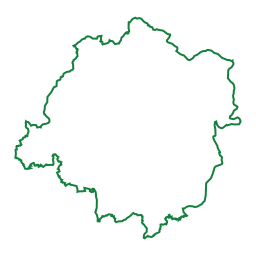 the district of Gazipur, Dhaka, Bangladesh
{"feature_id": "16705992B50862305652789", "entity_name": "Gazipur", "entity_type": "district", "adm_level": 2, "iso_a3": "BGD", "parent_name": "Bangladesh", "parent_adm1": "Dhaka", "projection": "mercator", "projection_center": [90.414, 24.092], "detail": "fine", "context": "isolated", "style": "outline", "palette": "green", "viewbox_px": 256, "rotation_deg": 0, "n_neighbors": 0, "source": "geoboundaries", "source_scale": "gbopen_adm2", "svg_char_len": 5731}
<svg xmlns="http://www.w3.org/2000/svg" viewBox="0 0 256 256"><path d="M144.6,238.3L147.8,235.9L148.5,236.5L151.5,237.0L153.3,236.2L153.3,235.4L154.5,235.0L154.9,234.1L159.3,232.1L159.6,231.5L159.4,230.2L159.8,229.2L160.3,229.0L160.2,227.9L160.7,226.6L160.5,224.6L161.6,224.3L163.2,224.7L164.9,224.0L166.0,224.3L166.0,223.8L166.5,223.9L167.1,222.3L166.8,220.9L165.8,220.0L165.2,218.8L166.0,218.2L165.9,217.5L167.3,216.9L167.7,216.9L168.5,217.7L169.1,217.6L169.4,216.5L168.8,215.0L169.4,214.8L169.5,216.0L170.6,216.4L171.1,217.5L171.7,217.0L171.8,218.5L172.4,219.2L173.7,218.5L175.9,219.4L175.8,218.6L176.5,218.8L176.6,219.2L178.2,219.1L178.4,220.0L178.9,219.3L179.0,219.7L180.2,219.7L180.6,218.2L180.2,217.8L180.9,217.7L181.1,216.8L181.5,216.5L183.6,217.0L183.7,215.8L186.2,216.1L187.0,215.7L183.7,212.4L182.8,208.5L184.5,208.4L186.9,206.7L189.1,206.1L192.6,206.3L194.6,207.0L197.0,206.7L201.7,204.2L203.1,202.3L204.6,201.0L205.7,195.6L206.2,183.1L211.0,178.2L213.1,172.7L214.6,167.5L215.7,166.4L221.9,164.1L222.4,163.0L221.6,159.9L222.0,157.3L221.2,156.3L220.0,155.5L219.2,152.8L220.1,152.4L220.0,152.0L218.6,149.9L217.4,146.9L217.5,146.1L214.1,140.1L213.2,137.7L213.4,136.4L215.2,135.8L215.5,135.3L215.4,129.5L214.6,125.5L214.9,122.1L216.2,121.5L217.0,124.6L218.4,126.6L220.0,127.7L221.8,128.2L223.2,127.6L226.5,124.9L227.3,125.4L231.5,124.1L235.5,124.5L239.2,124.2L240.6,121.3L239.5,118.7L237.6,117.4L234.7,118.8L233.1,119.1L230.2,118.4L229.8,117.9L230.0,116.4L231.7,115.0L233.0,113.1L233.9,110.6L236.7,108.9L237.5,107.0L237.0,106.3L233.9,104.5L233.3,102.5L233.9,99.3L233.3,97.9L233.1,95.1L233.8,93.3L233.7,91.3L234.5,88.1L233.8,85.0L232.8,83.3L230.7,81.7L227.9,78.2L228.3,70.3L229.0,69.0L231.6,67.2L233.4,64.5L233.4,62.9L232.5,61.8L232.5,60.7L231.9,61.1L229.1,60.0L227.8,60.1L222.1,57.9L217.8,53.9L214.4,53.0L211.4,50.6L207.9,49.9L206.8,50.2L205.8,51.0L203.1,51.1L200.1,52.5L197.8,54.4L194.4,56.0L192.9,58.1L190.6,59.7L189.3,60.1L187.9,59.7L184.0,55.5L180.3,54.2L176.3,51.0L177.0,50.3L177.5,48.1L177.1,47.3L174.3,45.7L172.3,43.8L168.1,42.4L166.9,41.4L167.1,40.0L168.9,37.9L170.2,35.3L170.1,34.5L167.5,34.0L163.2,30.7L157.9,29.7L156.8,29.2L155.2,29.9L153.3,29.7L152.3,27.3L149.7,26.6L149.5,25.6L147.9,25.4L148.1,24.5L147.0,23.2L145.6,22.8L143.6,21.4L141.3,18.7L139.2,18.1L136.8,18.6L135.2,17.7L132.5,19.0L129.8,22.4L128.9,22.1L128.6,22.4L128.8,24.7L128.5,25.1L128.7,26.6L128.5,27.8L129.2,31.4L128.4,32.5L128.3,33.4L127.8,33.6L127.0,33.5L126.9,32.2L126.5,32.3L124.7,33.9L123.2,36.3L121.6,37.4L120.9,40.4L119.7,41.7L119.4,42.9L118.8,43.6L118.4,43.4L115.0,44.1L112.8,41.4L112.0,41.0L110.8,41.1L109.5,40.2L109.1,41.9L108.3,42.7L106.7,43.4L102.7,44.4L102.3,43.8L102.5,42.1L101.7,41.5L100.6,41.7L100.3,41.3L101.2,39.9L100.9,38.1L101.4,35.9L98.0,36.4L97.5,36.8L97.1,38.4L96.7,38.7L92.5,38.5L90.2,36.8L87.6,36.3L85.7,37.3L84.8,38.7L83.9,38.7L81.9,39.5L80.5,41.1L77.8,42.8L75.8,44.8L73.5,45.8L74.0,46.4L75.1,46.4L76.4,48.9L77.5,49.0L77.7,49.6L77.2,50.3L77.4,51.0L76.5,52.0L76.6,52.9L77.2,53.0L77.5,56.2L76.5,57.2L75.8,58.4L73.4,60.3L73.5,61.1L72.6,61.9L72.4,62.9L73.0,63.8L73.3,68.8L72.1,70.0L70.5,70.6L69.8,71.5L66.5,72.0L63.6,73.7L63.0,76.2L62.2,76.9L61.5,76.6L60.7,77.2L60.4,79.3L59.7,80.0L57.9,80.4L56.8,81.3L56.5,86.2L53.8,87.3L51.2,92.3L47.4,97.0L47.3,102.1L44.9,105.8L44.7,109.4L43.8,112.2L44.4,114.4L45.0,114.4L46.2,116.2L49.0,118.6L49.5,120.2L49.2,122.1L48.3,122.9L45.9,123.8L42.9,124.3L41.2,125.8L40.8,127.4L40.0,127.0L37.2,127.5L36.2,125.2L33.1,124.9L31.1,125.7L28.7,122.4L28.0,122.0L26.7,122.1L26.0,121.3L25.8,121.9L26.2,122.4L25.7,123.2L26.0,124.6L25.7,126.4L26.5,127.9L27.9,128.7L28.4,130.3L28.5,131.9L27.3,134.9L27.5,135.9L27.2,136.2L25.5,135.8L25.2,137.1L23.1,137.7L22.8,139.1L19.7,140.6L20.5,142.2L20.5,143.1L21.4,144.7L20.4,145.6L18.9,145.5L18.5,146.0L16.7,146.0L16.4,147.0L16.8,149.5L15.6,149.8L15.6,150.2L15.9,153.7L15.4,157.7L16.4,157.7L16.5,158.2L17.0,158.0L18.8,158.9L19.0,159.6L20.2,159.6L20.5,160.5L21.3,160.4L21.5,162.6L23.7,164.3L23.2,165.0L24.0,165.9L25.0,168.6L27.3,169.0L28.0,168.4L29.0,168.7L30.7,168.2L29.2,167.4L29.2,166.8L29.9,166.0L31.2,165.8L30.4,164.8L30.6,164.4L33.5,162.9L34.0,163.2L34.6,165.5L35.9,165.7L36.4,164.9L38.1,164.8L38.6,166.8L40.1,166.2L40.2,165.2L40.7,164.7L41.9,165.6L42.4,166.6L43.3,166.9L46.0,164.6L46.7,165.0L47.1,164.7L48.3,165.1L50.2,164.8L52.9,165.0L53.6,163.7L52.9,159.0L53.5,158.3L53.3,156.8L53.5,155.9L52.9,156.3L52.5,156.0L53.0,154.9L54.0,154.3L55.5,154.3L56.6,155.8L58.4,157.1L57.3,158.9L58.0,160.9L58.9,161.7L59.5,161.4L60.5,161.7L60.8,162.6L61.2,162.5L60.9,163.5L61.3,164.7L59.7,165.4L58.5,167.4L58.6,168.3L57.9,169.0L58.9,169.6L59.5,171.4L57.1,172.6L58.6,176.4L59.6,176.3L59.4,177.6L60.1,177.9L61.2,180.0L62.0,180.0L61.2,181.9L62.1,182.1L62.5,182.7L63.6,182.4L64.3,183.0L65.1,183.1L64.7,184.5L65.7,185.8L67.3,184.5L69.8,183.6L70.1,184.6L76.5,186.0L77.5,189.4L77.4,191.8L79.6,191.3L83.2,191.3L84.1,190.8L85.1,191.0L84.4,187.9L89.7,189.1L90.1,189.6L89.8,191.1L91.7,192.2L92.1,191.8L93.2,191.8L93.4,190.6L93.1,189.9L92.1,189.8L91.8,189.5L92.5,188.8L93.9,188.8L95.7,192.1L96.1,197.1L96.9,199.9L96.7,208.3L95.9,209.9L96.1,210.8L95.4,211.7L95.4,212.4L97.0,215.2L97.7,218.3L97.7,221.3L99.6,221.4L99.8,220.3L99.1,219.7L102.3,217.0L102.2,216.3L102.9,216.0L103.4,216.6L104.3,216.5L106.0,215.3L106.8,215.7L108.6,214.3L112.0,214.8L111.4,216.0L112.1,216.4L114.0,216.2L113.9,217.6L114.3,218.3L115.3,218.6L114.8,220.7L116.1,222.2L118.5,221.4L122.2,221.2L124.1,219.8L125.5,219.7L126.9,218.1L129.8,216.3L133.3,213.0L135.1,214.1L136.6,214.1L137.5,215.3L141.3,215.0L142.5,216.4L142.1,216.9L142.6,218.0L142.0,220.2L142.8,220.8L142.0,222.5L142.7,223.7L143.4,224.0L146.9,228.5L146.6,231.9L144.3,234.2L143.7,236.7L144.0,238.0L144.6,238.3Z" fill="none" stroke="#15803d" stroke-width="2"/></svg>